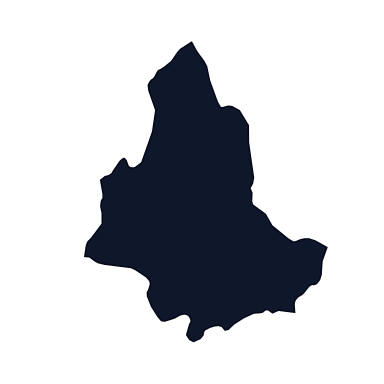 the Department of Guatemala, rotated 167°
{"feature_id": "GTM-1951", "entity_name": "Guatemala", "entity_type": "Department", "adm_level": 1, "iso_a3": "GTM", "parent_name": "Guatemala", "parent_adm1": "", "projection": "mercator", "projection_center": [-90.486, 14.587], "detail": "fine", "context": "isolated", "style": "filled", "palette": "ink", "viewbox_px": 384, "rotation_deg": 167, "n_neighbors": 0, "source": "natural_earth", "source_scale": "10m", "svg_char_len": 2024}
<svg xmlns="http://www.w3.org/2000/svg" viewBox="0 0 384 384"><g transform="rotate(167 192 192)"><path d="M96.8,121.0L92.8,120.9L88.7,120.0L83.1,116.6L73.1,107.6L80.9,95.5L84.9,82.3L87.4,78.0L89.2,76.4L91.0,75.1L92.0,74.6L93.1,74.5L94.4,74.5L95.5,75.0L97.2,74.8L99.3,74.0L105.8,68.8L107.8,67.6L112.6,66.0L114.5,64.6L116.0,63.3L116.8,62.1L117.3,61.1L117.8,59.8L118.0,58.7L119.1,51.8L134.4,57.4L140.7,56.2L144.0,59.9L146.3,60.9L148.1,60.3L150.0,59.2L152.7,59.2L159.2,60.2L169.9,58.0L180.8,54.1L187.7,50.1L190.9,50.1L192.9,54.2L196.1,56.1L200.3,56.6L205.2,56.2L210.9,54.7L212.6,52.5L213.6,50.0L217.1,47.4L224.1,46.0L227.4,48.8L229.3,54.0L224.0,63.5L223.0,64.6L221.7,66.5L221.7,68.2L222.2,70.6L222.8,72.1L223.6,73.1L224.4,73.7L225.3,74.3L226.4,74.8L229.0,75.1L231.7,74.9L237.7,73.2L247.5,72.4L250.6,73.5L251.2,74.5L253.2,78.5L257.1,89.6L258.7,100.4L258.1,104.0L257.5,104.8L256.9,105.4L255.2,107.8L253.5,110.9L252.9,112.9L253.1,114.8L253.5,115.8L255.4,119.5L264.4,129.1L268.4,132.2L293.3,141.3L299.1,144.2L301.7,146.4L306.3,151.8L310.9,153.4L307.0,163.2L305.0,166.4L304.2,167.1L300.5,169.4L286.6,181.1L284.2,191.6L284.0,198.5L282.8,202.1L281.8,204.2L280.1,205.5L279.4,208.2L279.0,210.4L278.3,224.1L273.2,226.5L269.5,226.5L266.0,227.8L263.6,230.3L255.5,237.8L252.6,239.5L250.7,240.0L250.0,239.2L249.5,238.2L249.1,237.1L248.5,231.8L247.7,230.5L246.5,229.3L243.3,228.4L241.5,228.6L234.3,231.9L216.7,259.7L208.8,279.9L211.1,300.5L210.5,306.0L208.4,308.5L207.6,309.2L206.8,309.8L205.8,310.3L204.6,310.7L203.3,311.6L202.0,312.7L198.4,317.0L197.6,317.6L196.5,318.0L194.0,318.5L190.6,319.8L182.4,323.8L174.3,331.3L171.0,333.6L158.7,338.0L156.1,328.4L151.0,316.3L149.6,311.0L149.9,296.4L147.1,273.7L145.3,267.9L144.3,267.4L143.0,267.2L137.4,267.4L133.9,266.2L127.6,260.6L122.2,244.2L125.9,227.6L128.9,192.1L131.2,186.8L134.8,182.7L133.9,177.6L136.2,169.5L136.0,166.2L135.4,165.2L131.3,160.4L125.6,153.8L121.8,141.1L108.9,124.5L104.6,120.4L103.4,120.2L102.0,120.1L96.8,121.0Z" fill="#0f172a" stroke="#020617" stroke-width="1.5"/></g></svg>